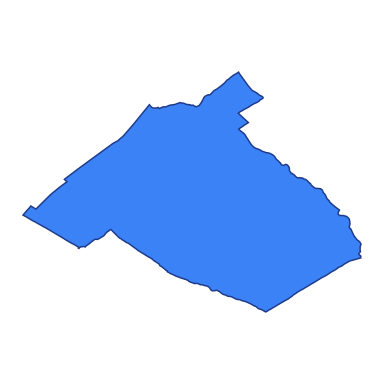 Adaseni, Botosani, Romania (Equal Earth projection), rotated 180°
{"feature_id": "2599482B82980263638886", "entity_name": "Adaseni", "entity_type": "district", "adm_level": 2, "iso_a3": "ROU", "parent_name": "Romania", "parent_adm1": "Botosani", "projection": "equal_earth", "projection_center": [26.935, 48.065], "detail": "fine", "context": "isolated", "style": "filled", "palette": "blue", "viewbox_px": 384, "rotation_deg": 180, "n_neighbors": 0, "source": "geoboundaries", "source_scale": "gbopen_adm2", "svg_char_len": 5916}
<svg xmlns="http://www.w3.org/2000/svg" viewBox="0 0 384 384"><g transform="rotate(180 192 192)"><path d="M353.3,178.0L353.9,177.0L354.5,176.3L357.4,173.1L361.0,168.9L357.7,167.1L350.9,163.0L349.3,162.3L344.7,159.7L342.9,158.7L340.7,157.4L337.2,155.6L336.4,155.1L335.8,154.7L321.3,146.1L317.2,143.5L315.4,142.5L312.9,141.0L312.1,140.6L311.0,140.1L310.1,139.6L305.3,136.8L305.5,136.5L305.7,135.9L305.0,135.6L304.5,136.3L303.8,136.8L303.2,137.1L302.5,137.3L301.6,137.3L300.5,137.5L299.5,137.3L298.6,137.1L298.3,137.7L297.8,138.1L297.0,138.7L295.6,139.7L294.3,140.5L294.0,140.9L294.0,141.1L293.6,141.4L293.3,141.6L293.2,141.7L292.3,142.2L291.7,142.8L291.1,143.2L290.4,143.7L290.3,143.9L290.2,144.0L289.0,144.6L288.5,144.7L288.2,144.7L287.7,144.7L286.4,144.6L283.4,146.3L281.7,147.4L280.3,148.1L279.4,149.2L278.9,149.9L277.8,151.1L277.2,151.7L276.7,152.2L276.2,152.5L275.6,152.9L274.9,153.4L274.5,153.7L273.6,154.3L273.3,154.5L273.1,154.4L272.9,154.4L272.6,154.1L270.5,151.8L268.5,149.9L267.2,148.6L265.3,146.7L264.9,146.3L264.5,145.9L263.5,145.5L263.1,145.3L262.3,144.6L261.8,144.2L260.7,143.6L259.8,143.0L258.3,142.0L257.6,141.5L256.9,141.2L256.3,141.1L255.8,140.8L255.4,140.6L248.2,135.3L245.6,133.3L239.4,129.5L237.7,128.4L236.0,127.4L234.1,126.4L232.5,125.4L231.8,124.9L231.4,124.6L231.0,124.2L230.8,123.9L230.2,123.4L229.3,122.8L227.2,121.5L226.2,120.8L225.8,120.6L225.3,120.2L225.0,120.0L224.8,119.8L224.5,118.9L224.2,118.5L223.9,118.2L223.5,117.9L223.2,117.8L222.4,117.4L219.9,115.4L218.4,114.1L217.3,113.2L217.1,113.1L216.9,113.1L216.7,113.1L216.7,112.7L216.7,112.3L216.4,112.1L216.1,111.9L215.7,111.7L215.1,111.5L214.2,110.9L213.1,110.2L212.5,110.0L211.7,109.7L209.5,108.6L209.1,108.4L208.4,108.1L208.0,107.9L207.6,107.7L206.5,107.4L205.8,107.0L204.6,106.7L203.9,106.3L202.7,105.9L201.0,105.4L197.9,104.4L196.1,103.6L195.8,103.4L195.3,102.8L195.0,102.6L194.7,102.4L193.7,101.9L193.2,101.7L192.6,101.5L191.7,101.3L190.5,100.8L190.1,100.6L189.5,100.5L189.1,100.5L187.1,100.6L186.5,100.5L185.6,100.2L184.2,99.5L183.6,99.2L183.4,99.2L183.0,99.4L182.7,99.4L182.2,99.3L181.5,99.1L180.2,98.7L179.6,98.5L179.0,98.3L177.5,98.1L176.8,97.8L175.7,97.3L175.1,96.9L174.8,96.6L174.3,95.9L173.6,94.9L172.8,93.8L172.3,93.5L171.7,93.3L171.1,93.2L170.4,93.2L169.9,93.2L167.9,93.7L167.6,93.7L167.3,93.7L167.0,93.6L165.3,92.8L164.5,92.4L164.0,92.0L163.5,91.5L161.6,90.1L161.2,89.8L160.5,89.5L158.6,89.0L158.3,88.9L157.8,88.7L156.9,88.1L156.5,87.9L156.0,87.8L153.9,87.5L152.8,87.3L152.3,87.2L151.9,87.0L150.7,86.3L149.4,85.6L148.4,85.1L148.0,85.0L147.5,84.8L146.2,84.5L145.3,84.4L144.6,84.4L144.3,84.3L143.9,84.2L143.0,83.8L142.0,83.3L141.6,83.2L141.3,83.1L139.9,82.8L138.7,82.5L137.3,82.0L135.8,81.3L133.4,80.2L131.2,78.9L130.6,78.5L130.0,78.2L128.6,77.7L128.0,77.4L127.2,76.8L126.5,76.1L126.0,75.7L125.5,75.4L125.1,75.2L124.6,75.0L123.1,74.6L122.6,74.4L121.9,74.1L121.2,73.8L119.6,72.7L119.0,72.4L118.4,72.2L118.2,72.1L117.7,72.3L116.4,73.1L115.4,73.8L113.1,75.0L110.5,76.6L105.6,79.5L98.4,83.7L97.0,84.4L95.6,85.1L94.2,86.3L92.1,87.7L91.3,88.5L90.5,89.1L90.0,89.5L88.6,90.3L86.9,91.6L85.1,92.7L82.5,94.2L81.0,94.9L79.2,96.1L76.3,97.8L75.1,98.5L74.2,99.1L72.9,99.9L70.7,101.1L69.7,101.7L68.7,102.3L66.9,103.5L65.6,104.2L63.3,105.7L61.1,106.9L59.1,107.9L56.7,109.3L53.2,111.7L52.5,112.1L50.6,113.1L49.2,113.9L48.3,114.4L47.4,115.1L46.8,115.5L45.8,116.3L45.1,116.9L44.2,117.1L41.8,118.3L39.9,119.8L36.9,121.5L34.1,123.1L32.0,123.6L23.3,126.1L23.6,126.5L23.1,127.8L25.2,129.8L25.2,130.7L24.8,131.1L24.2,131.5L23.6,132.4L23.8,133.4L23.9,134.3L23.8,137.7L23.0,139.5L23.2,140.4L24.2,141.9L25.4,143.2L26.9,144.1L30.1,148.4L33.0,154.6L33.4,155.3L34.2,155.8L34.7,156.4L34.7,157.2L34.0,160.2L34.3,162.9L34.7,164.8L35.8,166.2L37.5,167.6L40.9,168.5L43.2,168.4L44.9,168.9L46.0,170.2L45.6,172.1L44.8,173.3L44.5,174.0L45.4,174.6L48.0,176.5L52.0,179.8L54.3,182.1L54.8,183.1L56.8,185.1L57.2,185.8L57.9,187.4L58.5,188.7L58.9,189.3L59.5,190.2L60.4,191.0L61.1,192.0L61.2,193.0L61.6,193.8L62.3,194.5L63.3,195.2L64.6,195.4L67.3,195.6L68.9,195.8L70.5,196.9L73.0,199.2L73.5,200.4L74.7,201.2L76.9,203.5L78.3,204.5L81.1,205.4L81.3,206.0L83.4,206.1L84.1,206.3L84.6,206.3L85.4,206.1L86.0,206.1L86.8,206.3L87.4,206.7L88.2,207.4L90.1,209.4L91.2,210.0L92.2,210.7L92.8,210.7L94.5,213.3L94.6,214.4L94.6,215.2L94.8,216.5L95.8,218.2L97.0,219.2L97.9,219.6L98.5,219.6L99.3,219.0L100.1,218.7L100.8,218.7L102.1,219.0L102.7,219.4L103.1,220.0L103.2,220.6L103.8,221.1L104.5,221.8L105.6,223.0L106.5,223.8L107.2,224.3L107.7,224.7L108.0,225.3L108.6,226.4L109.9,228.0L112.0,229.6L112.7,229.9L113.4,230.4L115.1,230.9L116.2,231.2L117.0,231.3L117.9,231.3L118.5,231.6L121.0,232.5L122.2,232.9L123.4,233.8L124.5,234.3L125.5,234.7L126.8,235.3L127.5,235.4L128.8,236.0L130.6,237.2L131.8,238.3L133.5,240.5L134.9,242.7L136.0,244.4L136.5,245.4L137.2,246.3L138.2,247.9L139.1,249.5L139.9,250.3L140.7,251.1L142.4,252.3L145.3,254.6L145.2,255.1L141.5,257.5L139.6,258.9L135.6,261.4L145.7,270.7L144.1,272.1L142.4,273.0L139.4,274.8L135.5,276.8L133.2,278.4L131.5,279.4L129.4,280.6L127.3,281.4L125.2,282.6L124.6,283.2L124.1,283.9L121.2,285.6L120.9,286.2L121.5,287.4L124.4,288.7L126.7,290.7L129.2,292.2L131.9,293.6L135.8,298.2L144.4,310.1L145.0,311.2L145.4,311.9L147.5,310.5L150.6,308.8L152.7,307.1L153.8,306.3L154.9,305.1L155.8,304.6L157.0,303.9L159.5,301.0L161.4,299.4L163.2,297.9L167.1,295.0L170.0,293.4L172.1,291.1L174.3,289.0L175.8,289.2L178.7,287.9L180.1,286.5L180.8,284.9L182.7,281.4L185.0,278.3L187.9,277.2L190.2,278.3L190.8,278.8L193.3,278.7L193.9,279.3L196.0,279.3L196.5,279.6L197.4,279.5L200.3,280.8L201.5,280.8L204.2,281.4L209.2,279.5L214.2,278.8L218.4,277.1L220.2,277.2L221.8,276.8L224.7,275.4L225.8,276.6L227.7,276.0L230.7,276.0L232.4,276.7L234.6,279.3L250.8,259.4L260.7,248.0L265.1,244.3L265.3,243.7L270.9,240.7L304.8,215.9L319.6,204.7L317.1,202.2L325.0,196.3L333.3,189.5L348.1,174.9L348.7,175.2L350.0,176.1L353.3,178.0Z" fill="#3b82f6" stroke="#1e3a8a" stroke-width="1.5"/></g></svg>